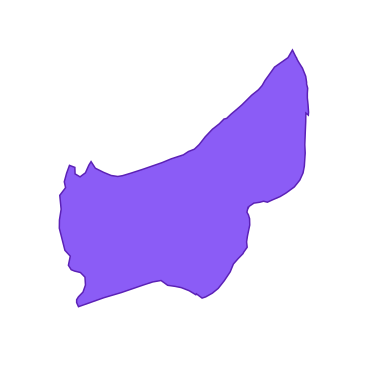 Sarbo, River Gee, Liberia, rotated 162°
{"feature_id": "62588387B52564280766994", "entity_name": "Sarbo", "entity_type": "district", "adm_level": 2, "iso_a3": "LBR", "parent_name": "Liberia", "parent_adm1": "River Gee", "projection": "natural_earth1", "projection_center": [-7.656, 5.164], "detail": "fine", "context": "isolated", "style": "filled", "palette": "violet", "viewbox_px": 384, "rotation_deg": 162, "n_neighbors": 0, "source": "geoboundaries", "source_scale": "gbopen_adm2", "svg_char_len": 1621}
<svg xmlns="http://www.w3.org/2000/svg" viewBox="0 0 384 384"><g transform="rotate(162 192 192)"><path d="M162.6,117.6L161.4,118.8L156.6,122.4L155.5,127.7L152.8,133.1L147.3,142.7L145.5,148.8L145.4,152.8L146.0,155.8L143.1,160.7L143.3,159.5L142.1,160.7L136.6,162.3L130.7,161.3L126.8,161.1L123.4,159.0L117.5,159.7L109.7,160.4L102.8,162.0L93.1,165.2L85.8,170.0L80.5,175.8L77.2,181.8L72.3,194.1L70.1,202.1L66.0,213.3L62.2,223.5L59.3,231.9L57.6,229.2L56.5,231.8L54.6,239.4L53.2,245.9L51.8,250.2L49.9,255.0L49.7,259.2L49.1,260.9L48.1,266.9L48.7,275.7L50.3,281.9L51.2,286.2L51.0,286.7L51.5,288.6L52.6,296.0L59.2,290.1L74.9,285.3L82.0,280.0L88.0,275.6L92.4,271.6L97.2,268.7L105.4,265.6L117.5,259.5L120.7,258.1L130.7,254.0L136.3,251.3L139.2,251.5L140.0,251.0L145.0,248.4L153.2,245.4L162.2,240.5L170.2,235.1L170.9,234.7L176.5,232.0L182.9,231.6L188.7,230.0L201.2,230.0L211.3,229.2L231.9,228.8L239.2,228.8L244.2,228.8L253.1,229.0L257.8,229.7L263.8,232.7L270.0,238.0L276.6,244.5L278.6,252.1L281.7,249.5L284.6,246.3L287.4,243.2L293.8,241.0L297.6,245.4L295.8,251.6L300.3,255.2L305.4,248.7L310.3,241.2L310.9,235.2L313.6,233.3L318.8,229.7L321.8,216.0L326.7,206.4L329.4,198.5L330.9,175.8L327.6,168.6L332.2,160.5L330.9,155.4L328.0,153.0L323.0,149.9L320.1,144.1L322.1,136.4L326.6,130.5L332.4,127.4L335.0,125.2L335.9,122.5L335.4,118.0L308.3,118.7L290.6,118.2L266.7,118.6L257.1,118.6L248.8,117.4L244.0,110.8L237.1,107.4L231.8,104.4L229.2,102.3L225.2,99.0L220.1,93.1L219.3,93.8L215.2,88.0L211.4,88.0L203.9,89.5L196.9,92.2L188.8,97.6L180.3,104.3L174.9,110.7L168.7,114.4L162.6,117.6Z" fill="#8b5cf6" stroke="#5b21b6" stroke-width="1.5"/></g></svg>